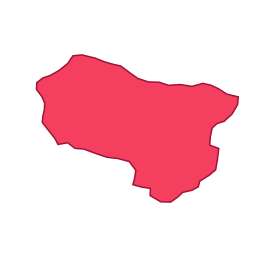 Carapicuíba, São Paulo, Brazil (Equal Earth projection), rotated 285°
{"feature_id": "56859067B3159053220029", "entity_name": "Carapicuíba", "entity_type": "district", "adm_level": 2, "iso_a3": "BRA", "parent_name": "Brazil", "parent_adm1": "São Paulo", "projection": "equal_earth", "projection_center": [-46.843, -23.547], "detail": "fine", "context": "isolated", "style": "filled", "palette": "rose", "viewbox_px": 256, "rotation_deg": 285, "n_neighbors": 0, "source": "geoboundaries", "source_scale": "gbopen_adm2", "svg_char_len": 894}
<svg xmlns="http://www.w3.org/2000/svg" viewBox="0 0 256 256"><g transform="rotate(285 128 128)"><path d="M95.9,126.3L95.9,137.9L89.1,146.5L80.9,147.4L74.5,147.4L74.5,157.0L75.5,165.2L68.4,166.9L65.2,178.6L67.5,188.4L74.2,193.9L79.9,197.4L84.4,205.9L89.3,211.1L95.3,211.1L103.6,218.8L110.3,223.5L119.9,222.6L131.7,221.0L132.6,211.4L140.7,209.8L149.9,209.3L155.3,212.8L159.3,219.1L168.2,224.8L178.9,227.8L186.6,226.5L186.3,214.6L189.3,205.4L190.8,196.9L190.5,188.8L184.8,179.1L183.5,167.4L179.7,155.9L180.3,146.4L177.8,135.7L178.4,124.7L181.9,115.2L186.0,105.0L185.7,96.8L185.8,88.3L187.0,78.3L186.7,64.6L183.5,56.1L174.8,53.1L165.9,46.6L158.3,38.9L154.4,32.9L148.3,28.2L141.7,29.5L135.8,36.9L130.4,41.1L124.4,42.4L117.7,42.7L111.3,43.7L105.2,51.7L98.9,60.2L94.0,64.6L98.1,73.6L94.6,82.1L96.2,90.8L95.0,104.0L94.3,115.2L95.9,126.3Z" fill="#f43f5e" stroke="#9f1239" stroke-width="1.5"/></g></svg>